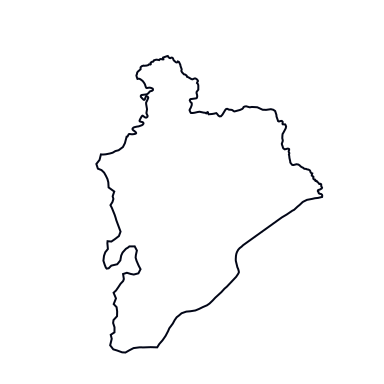 Nong, Savannakhét, Laos (Mercator projection), rotated 252°
{"feature_id": "54806243B35182777115371", "entity_name": "Nong", "entity_type": "district", "adm_level": 2, "iso_a3": "LAO", "parent_name": "Laos", "parent_adm1": "Savannakhét", "projection": "mercator", "projection_center": [106.609, 16.399], "detail": "fine", "context": "isolated", "style": "outline", "palette": "ink", "viewbox_px": 384, "rotation_deg": 252, "n_neighbors": 0, "source": "geoboundaries", "source_scale": "gbopen_adm2", "svg_char_len": 6051}
<svg xmlns="http://www.w3.org/2000/svg" viewBox="0 0 384 384"><g transform="rotate(252 192 192)"><path d="M264.8,146.9L259.2,143.3L256.1,140.2L254.4,135.1L254.6,131.8L253.9,128.7L254.0,125.8L254.5,121.6L255.2,118.7L255.9,117.0L251.1,114.0L248.2,109.7L243.3,109.7L240.8,112.7L237.6,114.4L234.1,115.1L230.5,115.6L227.1,115.4L222.1,114.1L216.5,118.2L212.4,115.2L209.7,115.1L207.1,113.3L204.7,110.4L201.4,110.9L194.1,111.4L191.0,111.4L188.5,111.3L176.4,111.8L172.7,108.9L171.0,104.1L169.8,100.0L171.3,96.5L169.5,95.7L163.8,94.4L161.5,90.9L158.5,88.6L154.0,86.5L149.8,86.5L146.7,86.7L145.5,87.2L145.2,89.2L146.9,92.5L146.4,98.6L149.1,102.7L153.4,105.0L155.9,107.3L158.4,111.6L158.9,113.9L159.6,115.6L158.0,120.7L153.4,121.5L149.3,119.1L147.0,118.1L143.8,118.0L138.5,118.5L134.5,119.2L131.2,115.9L131.5,111.1L133.0,108.4L135.3,105.1L135.3,101.1L130.3,100.3L128.6,99.0L126.8,95.7L124.3,92.6L121.8,89.3L120.4,86.3L114.3,86.8L109.6,82.9L105.8,84.7L101.5,83.9L97.0,82.3L94.5,77.8L91.8,76.5L87.3,76.5L82.5,74.9L81.3,70.6L77.2,70.3L71.5,66.8L66.7,68.5L64.4,71.8L61.1,76.0L59.9,79.1L60.8,83.4L61.6,88.2L60.5,94.0L59.0,98.5L57.2,104.8L55.0,110.9L57.6,114.0L60.1,118.2L63.3,122.4L67.0,126.2L69.4,128.3L72.8,133.1L75.4,135.8L77.6,138.7L78.6,141.5L79.9,144.6L80.0,149.6L79.1,153.5L78.3,158.6L78.6,162.6L79.2,166.7L79.6,171.2L80.5,174.2L82.4,178.1L84.3,181.5L87.7,189.0L90.0,193.0L91.2,195.9L97.7,207.8L99.9,210.6L101.0,211.7L102.1,212.0L104.6,212.1L106.4,211.9L113.0,212.4L114.7,212.9L117.5,214.0L119.4,215.0L121.0,216.2L122.8,218.1L123.9,220.0L124.7,222.3L125.6,224.1L140.1,269.7L141.3,275.1L143.2,281.6L143.5,283.6L145.5,287.9L146.5,290.5L148.2,294.0L148.4,294.8L149.0,298.9L148.3,304.4L148.1,306.9L147.4,310.2L147.1,314.2L148.2,314.7L149.1,314.8L149.9,314.4L150.2,314.1L151.0,312.7L151.6,312.2L152.9,312.3L153.3,312.2L153.6,311.9L154.4,312.1L154.8,312.5L154.9,313.0L154.8,314.3L155.1,315.7L155.2,316.3L155.8,317.0L156.4,317.0L156.8,316.8L157.4,316.7L158.0,316.8L158.7,317.1L159.5,317.2L160.1,316.6L160.0,316.3L160.2,315.7L160.4,315.5L160.7,315.3L161.4,315.2L161.9,315.0L163.2,314.1L163.7,314.1L164.1,313.9L164.2,313.6L164.2,313.1L164.3,312.9L164.9,312.7L165.3,312.9L165.8,312.8L166.3,311.9L166.7,311.6L167.8,311.6L168.1,311.7L168.4,312.0L168.8,312.2L169.2,312.1L170.6,311.0L171.6,311.4L172.5,312.1L173.3,311.2L173.9,310.9L175.4,310.9L176.0,310.8L176.8,310.2L177.3,309.7L177.9,308.5L178.8,307.5L179.1,306.5L179.7,305.7L180.6,305.3L181.2,304.6L182.4,303.5L183.4,302.9L183.9,302.7L185.2,301.7L186.1,300.0L186.3,296.8L186.8,295.7L188.2,295.1L189.6,294.6L191.0,294.9L194.3,295.2L196.1,295.6L197.9,295.8L198.3,296.3L199.0,296.6L200.2,296.4L201.0,296.6L202.0,297.4L202.8,297.6L203.3,297.2L203.7,296.4L203.9,293.4L205.0,292.5L206.0,292.2L207.3,292.3L209.1,292.2L210.1,292.3L212.2,293.9L213.1,294.3L215.3,294.5L217.7,295.4L219.2,296.1L220.2,297.3L223.6,300.8L225.1,301.7L226.6,301.7L227.5,301.5L228.3,299.3L228.9,299.1L229.8,299.6L230.8,299.9L231.8,299.4L232.1,298.5L232.2,296.5L232.8,295.8L237.6,295.7L239.3,296.1L243.3,296.1L245.1,294.7L246.4,292.6L247.2,287.9L248.4,284.6L252.4,280.3L254.4,275.2L254.7,273.1L256.7,270.1L257.0,268.8L256.9,267.4L256.1,266.6L255.5,265.6L255.2,263.0L255.4,259.0L255.5,257.3L256.0,256.6L256.8,256.1L257.4,255.7L258.0,254.8L258.9,252.6L260.1,251.4L260.4,250.3L259.9,249.2L256.2,244.9L255.1,243.0L255.4,241.6L256.5,240.7L258.3,240.1L259.5,239.5L259.6,238.5L259.7,237.1L260.0,235.2L260.8,231.8L261.7,231.6L262.8,231.8L263.2,231.3L262.7,230.5L262.4,229.8L263.3,229.0L263.9,227.6L266.0,224.0L266.3,222.2L266.6,218.8L266.9,217.2L267.5,215.4L268.5,215.1L269.2,215.1L270.2,214.9L271.0,215.2L272.6,216.9L274.6,218.5L275.5,218.9L276.6,219.2L278.0,218.4L279.9,218.2L280.4,218.6L280.8,219.2L279.8,224.8L280.1,225.8L281.3,226.5L282.5,226.8L284.8,226.9L285.8,227.4L287.4,229.6L291.3,230.9L292.2,231.0L293.1,230.9L294.1,230.4L294.8,230.9L295.3,231.7L296.0,232.0L296.8,231.8L297.9,231.3L298.9,230.4L299.2,229.5L299.0,227.3L299.2,226.9L299.6,226.3L302.2,224.0L303.2,222.8L304.3,222.9L305.7,221.9L306.5,220.6L307.1,220.4L308.7,219.6L310.1,219.3L310.5,219.3L311.4,219.9L312.1,220.1L315.4,220.0L316.6,220.2L319.6,219.8L320.1,219.4L320.4,219.0L320.2,218.9L320.0,218.5L319.9,217.8L320.0,217.3L320.5,216.7L322.7,215.4L323.6,215.2L324.9,215.2L325.4,215.0L325.8,214.7L326.1,214.2L326.2,213.7L326.0,213.0L326.1,212.5L326.4,212.0L327.6,211.3L328.8,211.0L328.9,209.9L328.8,206.0L328.4,205.7L327.3,205.9L327.0,205.8L327.0,205.4L328.0,203.6L328.2,202.9L328.1,202.4L327.6,201.5L328.1,200.7L328.9,198.9L329.0,196.5L328.8,196.2L328.3,195.9L328.0,195.4L328.0,195.1L328.2,194.3L327.8,192.7L327.6,192.5L326.5,192.4L326.2,192.2L326.1,191.9L326.7,190.6L326.2,189.5L326.3,187.7L326.9,185.3L327.2,184.9L327.2,183.2L326.7,182.0L326.4,181.6L324.6,181.0L323.3,177.9L322.8,177.1L322.1,176.5L321.3,176.2L320.4,175.4L319.9,175.1L317.9,175.0L316.4,175.1L316.3,176.2L315.8,177.1L315.0,177.9L312.8,179.4L310.8,180.1L309.0,180.5L306.1,180.5L305.2,180.7L304.8,181.2L304.6,182.8L304.3,184.1L303.5,185.4L302.5,186.5L302.2,186.6L301.8,186.6L301.4,186.5L301.0,186.3L300.6,185.2L300.6,184.7L300.7,183.7L300.6,182.9L299.6,181.3L299.1,180.2L298.9,179.2L299.1,177.9L299.8,174.1L299.7,173.6L299.5,173.2L299.0,172.9L298.5,172.8L297.9,172.9L295.2,174.2L294.6,174.6L294.4,175.0L294.4,175.3L294.5,175.6L296.6,177.2L296.9,177.5L297.1,177.9L297.0,178.4L296.6,179.1L296.1,179.4L295.6,179.5L295.2,179.5L294.7,179.2L292.1,176.9L291.4,176.1L290.0,175.6L284.6,174.8L281.3,173.1L280.8,173.0L278.1,173.3L277.7,173.1L277.3,172.8L277.0,172.1L276.9,171.5L277.2,170.7L277.7,170.2L279.7,168.8L279.9,168.5L279.8,168.1L279.2,167.2L277.5,165.4L276.3,164.3L275.8,164.1L275.3,164.2L274.8,164.8L273.7,166.6L273.3,166.9L272.8,167.1L272.5,167.1L272.1,167.0L271.7,166.6L271.3,166.0L271.0,165.0L270.9,161.5L271.2,159.9L271.4,157.8L271.4,156.6L271.3,156.1L270.7,155.1L270.3,154.9L269.8,154.8L268.7,155.3L268.0,155.9L266.4,156.9L265.6,157.1L265.3,157.1L265.1,156.9L264.9,156.5L264.9,155.6L265.1,154.2L265.4,152.8L266.6,150.2L266.4,149.6L264.7,147.8L264.6,147.4L264.8,146.9Z" fill="none" stroke="#020617" stroke-width="2"/></g></svg>